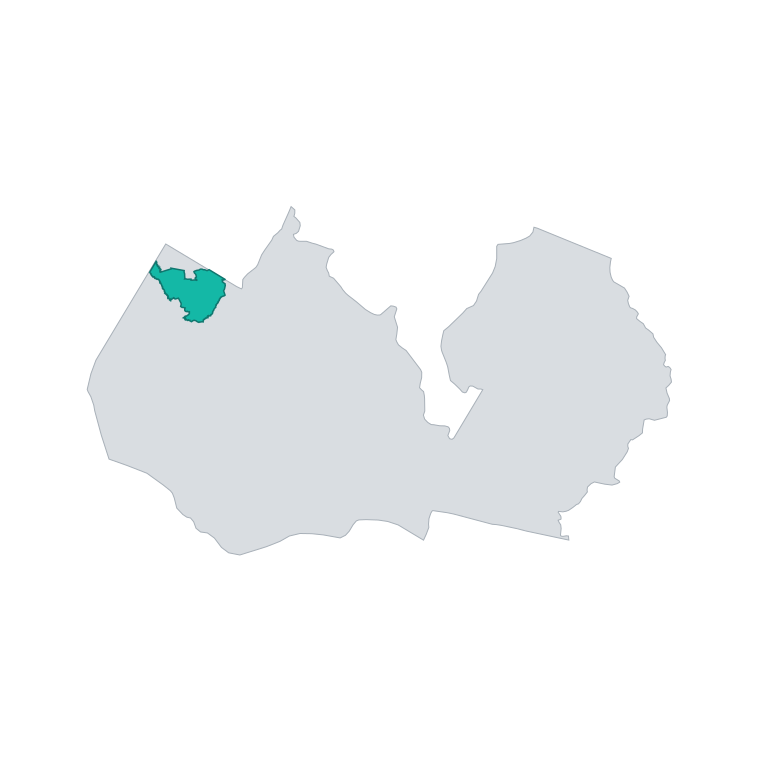 location of Zambezi, North-Western, Zambia, rotated 31°
{"feature_id": "96606910B76619304368438", "entity_name": "Zambezi", "entity_type": "district", "adm_level": 2, "iso_a3": "ZMB", "parent_name": "Zambia", "parent_adm1": "North-Western", "projection": "mercator", "projection_center": [22.726, -13.599], "detail": "fine", "context": "in_parent", "style": "filled", "palette": "teal", "viewbox_px": 768, "rotation_deg": 31, "n_neighbors": 0, "source": "geoboundaries", "source_scale": "gbopen_adm2", "svg_char_len": 9292}
<svg xmlns="http://www.w3.org/2000/svg" viewBox="0 0 768 768"><g transform="rotate(31 384 384)"><path d="M498.3,497.5L468.7,497.5L458.0,499.9L449.1,503.6L438.6,509.4L432.5,513.4L430.8,515.6L430.0,520.5L430.0,528.1L428.9,533.5L425.7,538.5L409.7,544.6L399.2,549.5L389.0,555.4L381.2,563.0L375.9,572.4L367.0,584.0L348.5,604.8L337.8,608.7L328.9,607.8L318.0,603.4L309.4,602.6L303.0,605.3L297.2,604.5L291.8,600.1L287.2,598.5L283.6,599.7L278.9,599.5L270.3,597.1L262.9,589.7L258.9,586.6L255.8,585.5L247.0,584.3L226.7,582.6L205.6,586.2L187.0,590.0L168.1,573.5L149.9,556.0L146.1,551.6L139.2,545.8L134.3,543.0L132.4,541.5L127.5,526.1L124.8,511.9L124.8,376.4L207.5,376.4L212.8,375.9L213.0,374.4L209.2,367.2L209.4,364.7L210.4,359.8L214.1,350.1L214.3,346.9L212.6,336.3L212.8,330.4L213.7,318.5L213.2,314.4L215.1,309.1L215.8,305.5L216.5,304.0L215.6,299.9L213.9,285.8L213.0,279.8L217.9,280.7L219.6,283.6L220.5,286.8L222.8,287.0L228.7,288.9L230.7,291.5L232.1,297.2L231.2,300.1L229.3,302.4L231.2,304.5L235.2,305.9L237.5,305.5L244.1,301.6L250.2,300.2L253.4,299.2L267.0,296.6L269.8,295.3L271.7,295.3L273.0,296.4L271.8,300.4L271.4,304.0L273.1,310.7L274.3,313.8L277.2,316.1L279.3,317.3L281.6,319.8L286.3,319.3L296.8,322.8L300.0,324.4L304.4,325.9L307.5,326.5L318.3,327.8L329.7,329.7L335.6,329.8L339.8,329.4L342.7,328.4L344.5,327.3L345.4,326.3L349.6,313.5L351.8,312.5L354.7,311.9L356.3,313.0L358.2,321.1L366.4,328.4L369.2,334.5L371.3,339.8L373.1,341.2L376.2,343.0L381.2,343.7L385.7,343.9L407.9,352.8L410.3,354.5L413.0,359.2L414.7,364.7L416.4,368.9L419.3,369.7L421.8,370.1L424.4,373.0L426.3,375.6L432.9,386.2L433.8,390.4L437.0,393.2L441.3,394.4L445.3,394.5L447.6,393.3L453.3,391.1L457.7,388.6L461.0,387.7L462.9,388.3L464.3,390.0L465.3,395.3L468.4,397.1L470.8,396.4L471.7,394.3L471.7,393.2L471.6,338.0L469.6,338.4L467.1,339.9L461.2,340.1L458.9,341.3L458.2,343.0L458.6,345.3L458.8,348.5L457.9,349.9L455.3,350.5L451.6,349.3L444.8,347.7L439.2,346.8L435.2,342.6L429.7,336.4L426.1,333.3L417.5,326.8L416.0,325.5L413.4,322.4L411.1,317.3L409.0,311.3L407.8,307.5L409.9,301.7L415.0,282.6L416.1,276.7L420.3,270.7L420.6,265.3L418.9,258.4L419.4,254.6L419.9,232.9L418.8,226.0L416.0,218.4L409.7,207.9L409.8,205.6L419.3,198.8L422.2,196.2L427.2,190.6L430.6,185.9L432.7,182.1L433.4,177.1L431.8,172.4L435.1,171.5L514.1,159.3L515.2,162.6L517.6,167.9L520.3,171.9L523.7,175.4L526.6,177.4L528.5,178.1L540.7,177.9L545.0,180.0L548.9,182.6L549.8,186.8L552.3,189.4L555.0,191.4L556.2,191.7L558.2,191.2L561.4,191.1L564.4,192.0L565.9,192.9L566.0,196.4L566.9,197.9L571.1,198.5L575.3,198.8L579.3,201.2L583.7,201.6L588.7,202.5L591.1,205.1L596.5,207.7L603.1,210.0L610.3,213.8L610.5,215.0L611.7,217.3L613.0,218.9L613.1,221.3L613.7,223.5L615.5,224.1L617.1,224.2L618.5,222.6L620.4,222.7L622.6,223.7L623.3,226.2L625.0,229.7L627.6,232.0L629.4,234.3L628.8,238.4L627.7,242.2L631.3,246.0L636.1,249.5L637.3,251.1L637.7,256.4L638.4,258.2L641.7,262.5L643.2,265.5L643.1,267.1L634.5,275.8L629.2,277.2L626.9,279.0L625.5,280.8L628.9,289.5L630.7,292.8L629.2,296.9L625.8,303.9L624.2,304.5L623.9,309.8L625.0,311.8L626.7,313.3L627.4,316.9L627.2,325.9L625.1,336.0L629.0,344.9L630.3,345.9L635.7,346.0L636.6,346.7L635.3,349.2L631.5,353.2L624.7,356.2L614.8,359.6L612.8,362.8L611.5,367.5L612.6,370.2L613.9,371.8L613.4,375.9L612.6,380.2L612.9,383.6L612.4,386.6L611.1,388.1L609.4,392.7L607.3,397.2L605.6,399.3L603.1,401.5L599.2,403.3L599.3,404.2L603.7,406.3L604.9,407.8L605.3,408.8L603.4,411.1L605.5,412.5L608.0,413.7L610.3,416.7L613.0,422.5L613.5,423.0L614.3,423.1L615.8,422.5L618.5,420.2L620.4,419.3L622.8,422.6L581.6,436.8L571.9,439.7L557.5,444.7L552.8,446.6L549.0,448.5L510.6,459.6L504.6,461.7L491.0,467.4L490.6,468.4L490.7,470.9L491.9,476.3L494.3,481.1L496.3,483.9L497.6,491.1L498.3,497.5Z" fill="#d9dde1" stroke="#a8b0b8" stroke-width="1"/><path d="M125.5,396.2L125.6,409.5L125.6,409.1L125.9,409.0L126.1,409.1L126.5,409.4L126.8,409.4L127.1,409.4L127.1,409.5L127.4,409.7L127.5,409.6L127.9,410.2L128.2,410.3L128.5,410.3L128.7,410.6L128.9,410.6L129.2,410.8L129.5,410.7L129.9,411.0L130.1,411.0L130.3,411.1L130.5,411.2L130.9,411.3L131.1,410.9L131.3,411.0L131.4,410.9L131.4,410.7L131.7,410.7L131.9,410.5L132.2,410.8L132.3,410.7L132.6,410.7L132.8,410.9L132.8,411.2L132.9,411.4L133.4,411.5L133.8,411.4L134.0,411.1L134.4,410.9L134.5,411.0L134.9,411.0L135.1,411.2L135.6,411.2L135.8,410.7L136.4,410.4L136.6,410.5L136.9,410.6L137.1,410.5L137.6,410.7L138.0,410.7L138.2,410.8L138.2,411.0L138.4,411.0L138.8,411.6L139.0,411.5L139.4,411.6L139.4,411.8L139.7,412.0L139.6,412.6L139.8,412.8L140.2,412.6L140.4,412.9L140.6,412.9L141.0,412.6L141.2,412.8L141.3,413.1L142.1,413.4L143.0,414.4L143.4,414.3L143.7,414.6L144.0,414.6L144.1,414.8L144.2,415.0L144.3,415.4L144.7,415.5L144.8,416.0L145.2,416.0L145.4,416.3L145.7,416.1L146.1,416.4L146.8,416.3L147.3,416.7L147.2,416.8L147.3,416.9L147.9,417.2L148.0,417.4L148.4,417.7L148.6,417.8L148.4,417.8L148.3,418.0L148.5,418.1L148.8,418.1L149.0,418.4L149.1,418.5L149.4,418.5L149.5,418.7L149.5,418.9L149.8,418.7L150.0,419.0L150.3,419.3L150.6,419.0L151.3,419.3L151.3,419.1L151.6,419.0L151.8,419.2L151.7,419.5L151.8,419.6L152.1,419.4L152.3,419.5L152.4,419.3L152.7,419.4L152.7,419.6L152.8,419.7L152.6,419.8L152.9,420.0L152.7,420.1L152.8,420.1L153.0,420.1L153.4,419.7L153.5,419.7L153.7,420.3L154.0,420.3L154.0,420.9L154.8,421.1L154.8,421.4L154.5,421.8L154.7,422.0L154.8,421.9L155.2,421.3L155.4,421.3L155.7,421.6L156.2,421.6L156.8,422.3L156.9,422.2L157.1,421.7L157.2,422.2L157.6,422.2L157.9,422.5L158.0,422.5L157.8,422.2L158.0,422.2L158.0,421.9L159.2,418.5L159.6,418.7L160.0,418.4L160.3,418.7L161.2,418.7L163.6,416.3L168.5,419.3L169.2,420.4L169.8,422.3L171.0,422.3L171.4,422.4L172.1,422.0L173.0,421.6L173.6,421.5L174.1,421.6L174.4,421.4L174.6,422.4L174.9,422.9L175.4,423.4L175.5,423.7L176.7,423.9L177.8,423.5L177.9,423.0L178.8,423.0L179.6,422.8L179.7,422.3L179.9,422.2L180.8,423.7L180.8,425.1L180.1,426.5L179.7,427.6L178.9,428.0L178.6,428.3L178.6,429.0L178.0,430.5L178.6,430.3L178.9,430.5L179.0,430.5L179.1,430.3L178.9,430.0L179.1,429.7L179.3,429.5L179.6,429.5L180.0,429.9L179.7,430.3L179.8,430.7L180.0,431.1L180.6,431.4L180.8,431.4L181.1,430.7L181.5,430.4L182.4,430.8L182.9,430.7L183.5,430.1L183.4,429.9L183.2,429.9L183.3,429.7L183.6,429.6L184.0,429.9L184.4,429.9L184.8,429.5L185.0,429.8L185.5,429.7L186.5,429.8L186.8,429.8L187.2,429.2L187.4,428.3L187.8,428.0L188.3,427.2L188.7,427.0L189.2,427.0L190.1,426.6L192.1,426.8L192.9,426.6L193.6,426.5L193.9,425.9L194.4,425.7L195.8,424.5L196.3,424.3L196.5,424.0L196.5,423.7L196.8,423.7L196.6,423.4L196.7,423.1L196.1,422.0L196.5,421.5L196.3,421.4L196.4,421.1L196.6,421.0L196.5,420.7L196.8,420.4L197.3,420.0L197.1,419.5L197.3,419.5L197.4,419.3L197.9,418.9L198.2,418.3L198.1,418.2L198.4,418.1L198.2,417.6L198.4,417.6L198.4,417.4L198.5,417.4L198.4,417.3L198.6,417.1L198.6,416.9L198.4,416.6L198.2,416.3L198.0,416.2L198.4,415.8L198.4,415.6L198.6,415.5L198.5,415.4L199.0,415.8L199.4,415.4L199.6,415.3L199.6,415.2L199.9,415.1L199.9,414.8L200.0,414.9L200.3,414.6L200.0,413.9L200.7,412.1L200.6,411.7L200.1,410.8L200.2,410.5L199.9,410.3L199.8,409.8L200.1,408.9L200.1,408.6L199.7,407.8L199.7,407.5L199.9,406.8L199.9,406.0L200.1,405.3L200.0,405.0L200.2,404.9L199.7,404.0L199.6,403.6L199.7,403.2L199.3,402.9L199.5,402.7L199.4,401.4L199.7,400.8L199.6,400.4L199.8,400.1L199.6,399.8L199.8,399.5L199.5,398.9L199.4,398.8L199.6,398.6L199.5,398.3L199.7,397.9L199.7,397.4L199.7,397.2L199.4,396.7L199.6,396.5L199.6,396.2L199.2,395.8L199.4,395.1L199.5,394.9L199.5,394.6L199.6,394.0L199.5,393.9L199.6,393.7L199.4,393.7L199.5,393.4L199.7,393.2L200.0,392.6L200.1,392.4L200.7,391.8L201.4,390.8L201.5,390.8L201.8,390.4L202.0,389.7L198.5,386.7L198.4,384.8L197.1,381.1L196.5,380.6L196.2,380.0L192.8,379.7L192.7,379.5L192.7,379.1L192.5,378.8L191.7,378.2L192.0,378.0L192.1,377.8L192.3,377.9L192.3,377.7L192.4,377.8L192.4,377.7L192.7,377.6L192.7,377.2L192.9,377.1L192.9,376.9L193.0,376.9L193.4,376.5L193.5,376.6L193.6,376.4L193.8,376.4L193.8,376.2L175.2,376.1L174.1,377.8L173.5,378.1L171.5,378.4L170.5,379.0L169.9,379.2L169.6,379.2L168.8,379.3L168.3,379.6L167.4,380.2L166.6,381.8L166.1,382.1L164.6,383.4L164.6,383.6L163.6,384.7L163.6,385.1L163.3,385.3L163.2,385.5L163.5,385.7L163.8,386.1L164.2,386.4L165.7,386.8L166.6,387.3L167.9,388.7L168.1,388.9L168.1,389.2L167.6,389.9L167.6,390.3L167.7,390.7L167.9,390.9L168.3,391.1L169.1,390.9L169.5,390.9L170.1,391.4L170.1,391.6L169.7,391.8L168.3,392.2L168.0,392.5L167.5,392.7L167.2,393.1L165.1,394.4L164.6,393.5L163.6,394.1L161.7,395.4L159.6,396.1L159.0,396.6L158.9,396.1L158.5,395.6L158.3,395.0L157.9,394.7L156.4,392.3L154.9,390.9L154.3,389.7L141.8,394.4L142.3,394.9L134.6,403.5L134.3,403.4L134.0,402.8L133.5,402.6L133.5,402.4L133.8,402.4L134.1,402.2L133.7,402.1L133.6,401.9L133.9,401.8L133.9,401.6L133.5,401.6L133.3,401.4L133.5,401.4L133.7,401.1L133.7,400.9L133.3,401.1L133.1,401.0L133.1,400.9L133.3,400.9L133.4,400.7L132.9,400.5L132.2,400.7L132.2,400.3L131.9,400.0L131.6,400.3L131.5,399.8L131.2,400.1L131.0,399.8L130.8,399.8L130.6,399.6L130.2,399.7L130.4,399.3L130.3,399.1L129.7,399.5L129.1,399.0L129.0,399.4L128.8,399.4L128.8,399.0L128.4,398.9L128.3,398.6L127.7,398.7L127.6,398.3L127.2,398.4L126.8,398.0L126.8,397.5L126.5,397.1L126.3,397.1L126.1,397.4L125.9,397.3L125.8,397.1L126.1,397.0L126.4,396.6L126.2,396.5L125.8,396.7L125.8,396.3L125.5,396.2Z" fill="#14b8a6" stroke="#0f766e" stroke-width="1.5"/></g></svg>